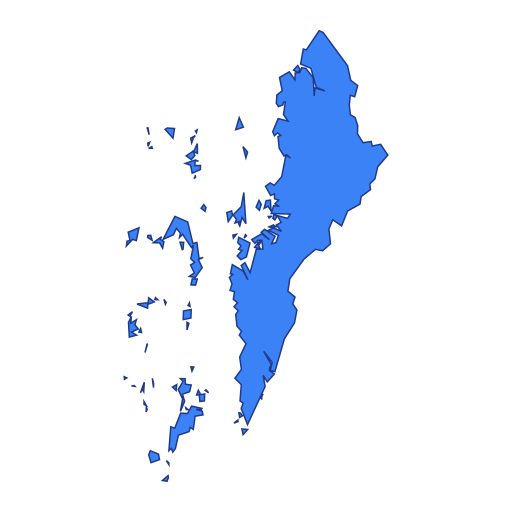 the district of Kawthoung, Tanintharyi, Myanmar
{"feature_id": "60261553B98033082841224", "entity_name": "Kawthoung", "entity_type": "district", "adm_level": 2, "iso_a3": "MMR", "parent_name": "Myanmar", "parent_adm1": "Tanintharyi", "projection": "robinson", "projection_center": [98.408, 10.778], "detail": "fine", "context": "isolated", "style": "filled", "palette": "blue", "viewbox_px": 512, "rotation_deg": 0, "n_neighbors": 0, "source": "geoboundaries", "source_scale": "gbopen_adm2", "svg_char_len": 6163}
<svg xmlns="http://www.w3.org/2000/svg" viewBox="0 0 512 512"><path d="M387.8,155.1L380.6,144.3L372.3,146.0L371.1,141.5L363.0,142.7L357.5,133.8L357.7,125.6L355.1,117.5L350.4,114.7L349.3,105.1L350.3,95.3L354.7,96.7L357.7,85.6L350.8,80.4L347.5,65.7L323.2,32.6L319.2,30.7L306.3,49.9L303.3,49.0L300.6,64.0L310.9,68.3L316.3,87.3L325.0,90.9L314.9,88.0L314.2,95.9L313.2,77.9L305.9,68.4L301.7,67.8L299.7,72.6L295.2,73.0L294.9,79.8L289.3,71.8L279.5,77.4L282.2,90.7L276.9,95.0L276.3,103.3L278.5,106.6L282.8,105.0L283.5,102.2L285.3,102.1L283.5,114.6L288.1,121.1L278.2,118.6L272.7,131.7L274.4,135.7L277.5,132.9L280.8,135.4L278.0,136.5L279.2,148.3L284.0,156.0L286.7,154.8L290.5,158.1L285.9,155.2L281.7,176.6L274.3,185.4L270.2,182.9L265.5,186.3L270.6,195.4L274.4,194.0L274.6,198.8L278.6,200.0L274.9,203.8L279.4,206.4L273.6,205.7L271.2,213.5L290.3,214.1L287.5,218.3L277.3,215.6L281.1,222.4L276.4,225.0L281.5,231.5L273.6,227.9L268.6,230.3L278.5,235.4L275.9,242.6L271.6,243.8L275.1,236.3L264.6,229.3L261.2,232.3L269.4,239.7L261.6,233.8L251.7,239.6L254.9,243.4L257.8,240.2L261.8,240.3L263.0,249.0L256.3,249.3L250.1,272.6L244.9,262.7L241.2,265.5L248.0,279.9L243.1,271.0L232.3,264.6L230.4,273.8L232.8,274.4L229.4,277.4L232.0,283.9L230.0,290.4L234.5,291.7L233.3,299.3L237.5,302.8L234.0,306.7L238.2,310.8L235.7,314.5L237.0,326.2L241.5,331.3L239.3,335.1L246.0,343.7L239.7,357.0L241.4,369.4L234.9,378.2L241.3,384.7L240.0,400.9L243.1,403.1L241.2,408.4L247.5,424.6L265.1,386.6L263.2,375.3L267.2,381.9L274.4,374.0L269.4,370.5L269.7,367.5L271.5,364.9L263.7,351.3L272.2,362.4L270.2,370.4L274.9,371.7L284.4,338.8L294.5,322.9L296.9,310.0L292.8,303.9L295.0,297.0L287.9,291.2L289.8,278.8L304.0,259.1L315.5,249.3L322.6,250.8L330.5,243.8L328.9,228.8L332.8,219.8L341.6,225.9L347.6,211.0L360.0,204.1L361.1,196.6L370.5,189.6L369.8,184.0L374.9,178.9L377.7,166.9L387.8,155.1ZM187.7,222.0L174.9,216.4L163.1,239.4L173.4,234.7L176.4,228.4L180.4,233.2L179.5,237.4L182.6,234.3L191.5,247.6L193.5,245.2L190.8,258.8L194.6,262.4L190.5,265.0L194.4,272.9L189.3,276.4L195.2,277.5L202.2,267.7L198.4,259.6L203.2,257.5L199.1,258.5L196.9,242.5L192.9,243.5L187.7,222.0ZM201.9,408.4L191.6,406.1L187.5,413.5L180.7,413.1L174.7,428.3L170.8,426.7L168.9,450.7L171.4,448.4L172.8,452.1L175.4,448.6L178.4,435.2L189.1,431.6L190.1,427.4L193.3,429.4L195.1,416.2L203.0,414.9L202.2,411.1L196.1,409.4L201.3,409.6L201.9,408.4ZM245.9,223.8L243.8,192.5L241.2,206.7L233.1,214.9L236.5,219.4L235.0,223.0L239.5,221.5L238.5,223.4L239.8,226.0L242.1,217.4L245.9,223.8ZM238.7,237.3L237.8,242.7L241.0,246.0L238.5,249.3L241.9,250.5L237.2,255.9L240.7,259.6L246.4,257.0L250.0,243.0L238.7,237.3ZM185.1,378.7L180.4,378.6L183.1,381.4L178.2,389.5L182.6,398.9L180.4,411.3L184.6,401.4L182.5,394.2L189.6,391.7L191.2,385.0L185.4,384.2L185.1,378.7ZM139.0,227.8L128.2,232.2L130.0,240.6L127.1,241.1L126.4,246.0L132.5,239.4L136.3,240.6L139.0,227.8ZM130.7,323.3L131.4,316.4L128.5,322.4L129.3,337.1L136.6,335.1L131.5,332.1L138.3,329.0L134.9,324.9L136.4,319.7L130.7,323.3ZM158.5,454.1L150.3,450.7L148.7,454.8L151.0,462.7L159.5,459.6L158.5,454.1ZM195.5,160.0L185.3,163.4L190.5,165.2L192.2,173.2L200.4,169.5L200.5,165.5L194.8,165.6L195.2,160.5L198.5,161.3L195.5,160.0ZM197.3,143.6L194.2,150.5L186.2,155.9L191.3,159.6L194.9,155.5L193.4,151.5L197.5,153.3L197.3,143.6ZM154.2,301.9L148.7,297.8L148.2,302.7L137.0,304.0L147.6,308.2L147.8,304.4L154.2,301.9ZM191.2,309.5L183.5,311.0L183.2,319.6L190.9,318.0L191.2,309.5ZM270.4,200.1L266.2,200.6L264.1,208.4L268.1,206.3L271.0,210.8L270.4,200.1ZM160.2,239.3L161.6,236.7L153.3,242.7L159.7,242.9L162.6,248.2L163.9,241.6L160.2,239.3ZM174.5,128.5L167.3,128.0L165.1,129.3L173.0,138.2L174.5,128.5ZM198.3,390.3L196.6,395.0L199.2,394.8L199.9,401.5L204.4,400.9L204.7,394.0L200.7,394.6L198.3,390.3ZM231.6,210.9L226.8,212.6L228.2,221.6L232.6,215.2L231.6,210.9ZM243.4,127.2L239.2,117.7L235.7,129.7L243.4,127.2ZM259.0,200.4L256.1,207.1L259.4,210.3L261.2,204.3L259.0,200.4ZM245.9,157.8L247.6,152.1L243.0,146.6L245.9,157.8ZM300.2,70.0L297.8,65.5L293.5,70.1L297.5,72.3L300.2,70.0ZM247.7,429.5L241.9,428.9L243.1,434.6L247.7,429.5ZM197.3,279.0L192.3,278.9L190.9,284.9L195.6,285.1L197.3,279.0ZM203.8,204.6L201.1,208.2L205.0,211.3L206.0,207.6L203.8,204.6ZM143.7,391.6L144.3,382.2L140.5,392.8L142.3,389.0L143.7,391.6ZM260.2,248.8L257.6,243.4L254.6,247.3L260.2,248.8ZM273.9,214.4L272.8,218.3L274.8,219.9L277.1,216.2L273.9,214.4ZM167.0,481.3L168.4,477.6L168.1,475.6L162.4,480.5L167.0,481.3ZM149.2,134.7L147.9,127.8L147.2,128.0L149.2,134.7ZM195.3,135.6L190.7,138.2L191.7,142.9L193.5,137.7L195.3,135.6ZM176.1,390.5L176.7,384.6L172.5,387.0L176.1,390.5ZM183.7,242.3L180.0,242.2L182.3,249.7L183.0,249.3L183.7,242.3ZM153.5,387.6L153.6,383.2L152.3,378.3L153.5,387.6ZM242.4,415.8L240.4,413.0L238.9,412.8L239.6,417.5L242.4,415.8ZM259.1,244.7L261.3,241.2L257.5,242.5L259.1,244.7ZM145.0,352.5L147.4,344.4L147.2,343.6L145.0,352.5ZM237.9,420.0L233.9,423.1L238.0,421.6L237.9,420.0ZM129.9,316.3L132.4,311.7L128.1,315.0L129.9,316.3ZM193.8,367.0L190.9,366.8L192.0,371.1L193.8,367.0ZM138.9,332.1L141.6,332.5L140.6,328.6L138.9,332.1ZM275.8,226.8L273.4,224.9L269.0,226.9L270.3,227.4L275.8,226.8ZM152.1,240.2L150.7,235.3L147.9,235.4L147.6,237.5L152.1,240.2ZM168.9,462.9L166.4,460.6L168.9,464.7L168.9,462.9ZM188.9,323.4L187.0,322.3L187.0,330.0L188.9,323.4ZM261.8,399.5L261.7,396.8L263.1,393.8L260.6,397.1L261.8,399.5ZM146.4,405.7L144.0,401.5L144.0,404.4L146.4,405.7ZM190.0,306.5L189.4,302.8L188.0,305.5L190.0,306.5ZM154.8,299.6L157.7,299.7L155.5,297.6L154.8,299.6ZM196.4,132.7L197.1,129.9L195.4,131.0L196.4,132.7ZM149.7,142.3L147.7,143.1L148.1,146.4L149.7,142.3ZM271.8,216.2L268.3,216.5L269.1,218.0L271.8,216.2ZM208.6,392.8L206.0,389.8L205.2,390.4L208.6,392.8ZM188.0,409.6L185.8,407.8L186.3,409.6L188.0,409.6ZM236.4,234.3L232.9,235.1L233.4,238.1L236.4,234.3ZM244.1,238.0L246.5,235.8L245.4,234.6L244.1,238.0ZM195.4,175.1L195.1,176.6L194.0,178.6L195.5,177.3L195.4,175.1ZM126.8,377.9L124.2,376.7L124.5,379.3L126.8,377.9ZM151.8,146.6L148.6,148.4L152.3,148.3L151.8,146.6ZM165.4,304.3L166.2,302.4L163.9,299.4L165.4,304.3ZM146.1,412.0L147.2,409.2L146.3,407.5L146.1,412.0ZM135.0,386.4L134.3,385.6L131.5,385.9L135.0,386.4Z" fill="#3b82f6" stroke="#1e3a8a" stroke-width="1.5"/></svg>